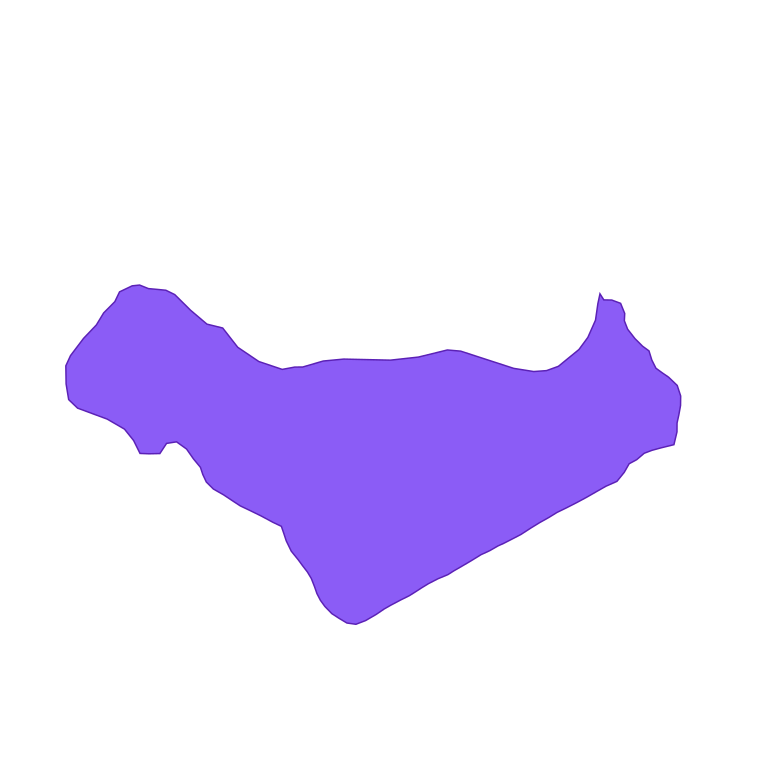 outline of Cachoeira Dourada, Minas Gerais, Brazil, rotated 309°
{"feature_id": "56859067B85859167523547", "entity_name": "Cachoeira Dourada", "entity_type": "district", "adm_level": 2, "iso_a3": "BRA", "parent_name": "Brazil", "parent_adm1": "Minas Gerais", "projection": "mercator", "projection_center": [-49.478, -18.596], "detail": "fine", "context": "isolated", "style": "filled", "palette": "violet", "viewbox_px": 768, "rotation_deg": 309, "n_neighbors": 0, "source": "geoboundaries", "source_scale": "gbopen_adm2", "svg_char_len": 1767}
<svg xmlns="http://www.w3.org/2000/svg" viewBox="0 0 768 768"><g transform="rotate(309 384 384)"><path d="M326.0,223.4L319.1,208.7L319.6,187.2L320.8,175.3L321.8,165.1L319.6,155.5L315.2,148.8L309.9,140.9L307.1,131.8L301.8,126.5L289.2,120.5L278.6,123.0L262.8,121.4L248.9,123.3L230.4,121.8L208.8,122.5L197.9,125.3L184.0,136.9L173.4,148.8L172.4,161.1L182.5,190.9L185.6,210.7L182.5,225.0L176.5,238.1L181.8,245.2L188.9,253.6L201.0,252.4L208.5,259.2L209.2,271.5L205.9,283.0L203.7,293.8L199.6,300.2L196.0,307.6L195.0,317.5L196.9,329.1L197.9,339.8L198.8,348.9L201.3,359.3L204.1,371.5L206.6,384.7L208.8,393.8L204.8,400.2L200.6,406.7L195.7,417.2L193.4,428.0L191.5,435.2L189.7,442.8L187.1,449.9L182.8,457.5L178.9,463.8L175.8,470.9L173.9,478.1L172.7,488.0L173.6,496.5L174.9,505.6L179.6,513.4L188.6,518.6L200.2,523.0L209.2,525.7L216.4,528.5L226.7,532.9L235.4,536.9L242.1,539.2L248.9,541.4L256.8,544.2L266.6,548.5L276.0,553.6L282.8,555.9L291.4,559.2L301.8,563.1L312.4,566.8L321.1,571.1L329.7,574.4L335.9,577.5L342.9,580.6L353.2,585.1L364.0,588.6L374.2,592.2L384.0,596.1L393.1,599.3L402.5,603.7L413.3,608.5L423.6,612.8L432.9,616.4L444.2,620.8L454.9,626.3L466.5,626.3L476.3,624.7L484.2,628.0L493.9,629.8L501.1,634.0L508.6,639.4L519.3,647.5L531.2,641.8L538.1,636.3L545.5,632.6L553.9,628.0L561.4,622.1L567.4,612.8L568.4,600.9L567.8,593.3L567.4,585.4L571.2,577.0L576.5,569.1L576.1,561.1L577.2,550.5L579.9,538.9L584.4,531.0L590.3,526.7L595.6,517.1L592.6,508.2L587.7,501.9L590.0,495.1L581.1,499.6L566.7,508.2L548.5,513.1L533.5,513.8L507.5,508.4L496.7,501.9L487.9,492.5L477.8,475.0L457.8,422.9L450.3,411.8L426.6,393.8L406.6,374.0L378.0,337.0L363.6,322.3L346.0,310.1L341.0,304.0L331.3,295.7L322.7,272.6L320.5,247.2L326.0,223.4Z" fill="#8b5cf6" stroke="#5b21b6" stroke-width="1.5"/></g></svg>